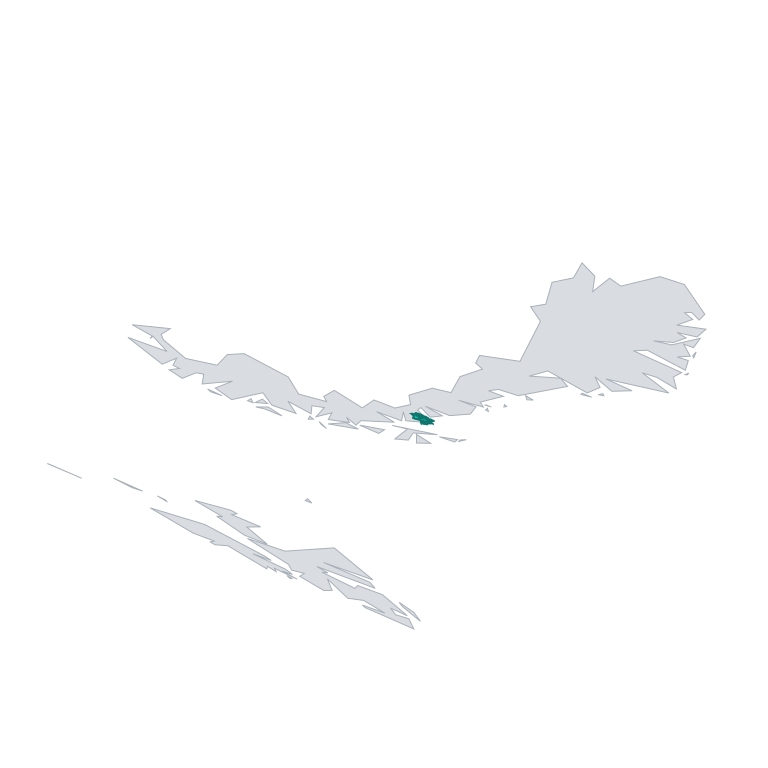 Steigen nor, Nordland, Norway shown in context, rotated 205°
{"feature_id": "86288312B1701312811751", "entity_name": "Steigen nor", "entity_type": "district", "adm_level": 2, "iso_a3": "NOR", "parent_name": "Norway", "parent_adm1": "Nordland", "projection": "equal_earth", "projection_center": [15.214, 67.838], "detail": "fine", "context": "in_parent", "style": "filled", "palette": "teal", "viewbox_px": 768, "rotation_deg": 205, "n_neighbors": 0, "source": "geoboundaries", "source_scale": "gbopen_adm2", "svg_char_len": 8884}
<svg xmlns="http://www.w3.org/2000/svg" viewBox="0 0 768 768"><g transform="rotate(205 384 384)"><path d="M457.1,338.8L428.6,343.8L433.3,347.3L426.4,357.2L393.6,353.2L386.3,365.3L364.0,366.8L351.2,376.6L356.7,384.4L338.5,400.6L319.6,404.5L318.2,422.8L301.1,439.1L309.8,441.8L309.4,450.3L270.3,462.0L268.7,506.9L283.8,516.0L271.1,524.7L274.7,547.2L257.1,560.3L255.7,577.5L238.5,570.8L233.9,555.9L224.2,575.3L210.8,572.7L179.3,597.9L153.8,601.1L122.7,582.7L125.4,575.2L135.6,578.9L141.6,575.6L131.5,573.0L143.5,561.1L115.4,569.7L120.1,559.0L140.0,554.5L129.7,553.4L139.2,544.0L157.9,537.0L139.7,541.1L116.6,559.1L118.9,547.7L129.3,546.8L118.2,538.6L129.6,532.5L118.1,533.8L116.7,523.8L159.6,525.9L172.0,519.5L119.1,520.1L124.7,512.7L116.9,503.1L139.6,505.3L154.7,503.3L122.0,496.2L184.8,482.4L156.4,482.7L174.4,473.7L195.9,479.7L186.7,472.2L196.0,461.8L241.0,465.1L255.8,452.5L226.4,463.9L216.6,459.4L257.3,430.2L278.1,427.4L286.5,422.0L270.6,423.3L289.1,408.3L284.2,405.1L309.4,400.8L291.0,402.2L293.0,393.3L311.1,383.1L337.1,381.3L317.7,379.8L328.1,373.5L340.6,378.2L342.5,374.6L324.9,368.5L348.7,359.9L354.7,367.0L352.5,358.1L378.9,355.8L358.5,353.7L389.3,341.1L392.1,334.9L403.9,338.0L399.0,334.5L419.5,328.3L419.0,335.8L431.7,325.6L428.1,337.4L440.2,333.9L437.5,326.2L463.7,327.8L451.3,320.1L476.6,317.4L490.1,324.9L515.4,305.5L535.2,309.0L522.5,322.5L548.8,307.2L551.5,316.7L559.0,314.8L569.2,303.9L584.7,306.1L576.0,311.6L583.2,311.8L582.8,319.8L593.4,308.2L635.8,318.0L594.4,321.8L613.2,329.5L637.3,331.3L601.1,343.8L607.0,334.8L602.7,330.9L574.7,323.3L543.2,330.5L538.5,344.4L523.6,352.4L473.8,349.9L457.1,338.8ZM351.1,171.4L379.1,174.1L376.3,178.7L389.1,176.3L394.2,180.1L442.5,186.3L403.0,190.7L359.9,214.4L311.2,201.8L363.4,196.7L313.0,198.3L305.7,195.1L367.8,190.2L355.0,189.1L360.9,187.2L323.8,186.5L322.8,190.2L296.3,192.4L265.0,183.8L283.3,183.7L276.0,179.8L262.3,181.7L253.4,174.6L306.3,173.4L310.3,174.5L286.3,176.7L310.9,179.3L326.3,174.5L353.0,183.5L343.8,175.1L351.1,171.4ZM412.1,166.9L457.1,171.4L469.3,166.9L474.7,167.4L471.5,169.9L493.8,168.2L543.5,172.9L487.3,180.9L419.6,177.6L411.6,176.4L431.0,174.7L394.8,174.5L386.4,172.7L396.9,171.5L380.4,170.4L405.4,170.7L402.4,168.4L412.5,169.5L412.1,166.9ZM446.5,188.0L479.8,193.5L474.0,195.5L506.2,198.5L469.2,204.9L462.4,204.3L466.8,201.2L435.4,202.4L447.9,196.4L422.1,189.5L446.5,188.0ZM343.8,353.1L359.1,349.9L314.2,360.6L336.9,352.0L338.3,343.4L350.9,338.8L343.8,353.1ZM367.8,337.0L388.6,336.4L364.2,342.8L367.8,337.0ZM388.2,332.3L417.8,324.2L402.3,332.8L388.2,332.3ZM250.7,184.3L272.9,190.0L277.9,192.5L260.4,189.6L250.7,184.3ZM329.6,344.2L333.2,352.0L316.6,350.0L329.6,344.2ZM490.4,309.1L479.1,314.2L463.0,312.0L481.4,311.0L490.4,309.1ZM492.8,312.8L488.0,318.9L481.1,317.2L492.8,312.8ZM295.4,361.3L311.5,359.5L293.9,364.7L295.4,361.3ZM654.4,169.8L618.2,170.8L655.6,169.6L654.4,169.8ZM568.3,183.6L589.4,184.3L557.5,184.9L568.3,183.6ZM525.8,305.0L537.7,303.7L541.7,304.9L525.8,305.0ZM500.5,311.2L498.3,314.5L494.9,311.7L500.5,311.2ZM437.8,320.1L437.7,323.5L433.1,322.3L437.8,320.1ZM406.1,245.1L404.7,247.7L399.1,245.6L406.1,245.1ZM542.1,186.8L532.4,186.5L531.3,185.7L542.1,186.8ZM247.7,430.1L250.8,433.3L241.9,432.5L247.7,430.1ZM417.4,319.4L423.5,320.7L427.0,322.6L417.4,319.4ZM386.9,168.1L391.0,169.3L384.7,168.9L386.9,168.1ZM200.5,459.4L190.2,459.8L201.1,457.8L200.5,459.4ZM185.4,464.9L181.4,467.7L179.8,466.2L185.4,464.9ZM291.3,365.5L285.9,368.3L291.9,363.6L291.3,365.5ZM116.2,540.1L114.6,544.9L114.3,538.6L116.2,540.1ZM280.0,405.7L277.7,403.2L280.9,403.4L280.0,405.7ZM615.4,326.4L614.5,329.1L614.0,328.6L615.4,326.4ZM282.8,408.1L277.0,408.6L284.0,407.5L282.8,408.1ZM265.6,413.8L266.1,416.2L263.3,415.5L265.6,413.8ZM115.1,519.8L112.4,522.7L113.1,520.3L115.1,519.8Z" fill="#d9dde1" stroke="#a8b0b8" stroke-width="1"/><path d="M345.9,369.2L346.0,369.1L346.6,368.9L346.6,368.7L346.8,368.6L346.0,368.5L345.9,368.4L346.0,368.2L345.4,368.1L345.0,367.9L344.6,367.9L343.5,367.7L343.9,367.3L343.7,367.1L342.8,366.7L343.1,366.3L343.0,366.1L343.6,366.1L343.7,365.8L343.4,365.6L343.0,365.6L343.4,365.4L343.3,365.2L341.5,365.4L341.7,365.6L340.9,365.5L340.4,365.6L340.4,366.0L339.6,366.1L339.6,366.3L339.3,366.5L339.3,366.3L339.5,366.3L339.4,366.3L339.5,366.1L339.9,365.9L339.2,365.8L338.4,366.0L337.9,366.0L337.5,366.1L337.9,366.1L336.4,366.3L335.4,366.6L335.9,366.3L335.3,366.3L334.4,366.7L334.3,366.8L334.2,366.8L334.2,367.0L332.7,367.6L332.3,367.7L332.6,367.5L332.7,367.3L333.0,367.3L333.9,366.9L333.7,366.8L333.1,366.9L332.9,366.8L332.8,366.7L333.4,366.6L332.6,366.7L332.4,366.6L331.5,366.8L331.1,366.7L330.6,366.7L330.8,366.5L329.0,366.5L325.9,367.1L326.6,367.0L326.3,367.2L326.7,367.2L326.9,367.2L325.5,367.5L325.8,367.5L325.6,367.5L325.8,367.5L327.0,367.5L328.1,367.3L328.4,367.4L330.6,367.2L330.9,367.2L331.0,367.3L331.1,367.2L331.5,367.3L331.4,367.4L331.2,367.2L331.1,367.3L330.9,367.4L330.8,367.6L330.7,367.6L330.2,367.5L330.3,367.4L329.9,367.3L329.3,367.5L329.0,367.6L327.7,367.6L326.5,367.8L326.8,368.0L326.5,368.1L325.1,367.7L325.0,367.8L324.8,367.9L325.1,367.9L325.1,368.0L324.5,368.0L324.3,368.1L324.6,368.2L324.3,368.3L324.5,368.4L324.0,368.6L324.5,368.5L324.0,368.7L324.4,368.6L324.6,368.7L324.4,368.8L324.7,368.9L325.7,368.6L325.9,368.7L325.6,368.7L325.8,368.8L325.6,368.8L325.6,369.0L326.0,368.9L325.8,369.0L326.3,368.9L326.2,369.0L326.4,369.0L325.6,369.2L325.3,369.3L325.5,369.3L325.4,369.3L326.6,369.1L326.8,369.0L326.4,369.2L329.8,368.8L329.0,369.1L328.8,369.2L328.9,369.3L328.7,369.4L329.4,369.3L329.6,369.4L329.4,369.4L329.2,369.6L330.2,369.5L331.7,369.5L330.7,369.7L329.7,369.7L329.8,369.8L329.6,369.9L329.1,369.9L328.2,369.7L327.3,369.9L326.7,370.1L326.3,370.0L325.2,370.1L324.6,370.0L324.2,370.3L324.5,370.2L324.4,370.3L325.0,370.2L325.0,370.3L324.9,370.5L326.3,370.4L326.7,370.4L326.8,370.6L325.7,370.9L323.9,371.2L323.6,371.3L323.8,371.4L323.6,371.5L324.4,371.5L324.2,371.7L325.0,371.6L325.6,371.8L327.2,371.7L327.8,371.6L328.3,371.3L329.9,371.1L330.8,370.7L331.1,370.6L331.7,370.4L331.8,370.5L332.1,370.5L332.9,370.0L332.9,369.9L332.6,369.9L332.8,369.7L333.6,369.5L333.7,369.4L334.5,369.2L335.0,368.9L336.3,368.7L336.5,368.2L336.3,367.9L336.3,367.5L336.2,367.4L336.0,367.2L336.5,367.3L336.5,367.5L336.7,367.9L337.3,367.7L337.2,367.6L337.2,367.2L337.3,367.2L337.6,367.6L337.8,367.6L337.7,367.8L337.8,367.8L337.7,368.0L337.2,368.2L337.3,368.1L337.2,368.0L337.0,368.3L337.5,368.5L337.9,368.5L338.0,368.7L338.7,368.8L338.9,368.9L340.4,369.2L340.9,369.0L341.0,369.2L342.0,369.3L343.1,369.7L343.4,369.5L343.3,369.4L343.1,369.4L343.2,369.2L344.4,369.1L344.5,369.2L345.2,369.3L345.9,369.2ZM341.0,369.5L338.8,369.4L338.7,369.5L338.1,369.5L337.7,369.7L337.3,369.6L337.0,369.7L336.8,369.8L337.6,370.1L338.1,370.5L339.9,370.4L341.1,370.9L341.7,371.0L340.8,371.0L339.8,370.6L339.4,370.6L338.8,370.8L339.0,371.0L339.5,371.2L339.2,371.2L338.2,370.9L336.8,370.7L336.7,370.6L336.5,370.4L335.0,370.0L334.7,370.1L334.4,370.4L334.0,370.4L333.9,370.6L334.0,370.7L333.7,370.8L335.3,370.8L335.5,370.9L335.5,371.0L335.3,371.1L334.3,371.0L333.4,371.1L333.1,371.4L332.5,371.7L332.3,371.9L332.0,372.2L332.2,372.3L332.9,372.0L333.5,372.0L334.0,371.7L334.9,371.7L335.3,371.9L335.5,372.1L336.3,371.8L336.2,371.7L336.3,371.5L336.8,371.6L337.3,372.0L338.1,372.1L338.6,372.0L338.9,371.8L339.1,371.7L339.8,372.0L341.3,371.4L343.1,371.5L342.9,371.4L343.2,371.2L343.1,370.8L343.2,370.7L341.2,370.6L341.0,370.3L341.2,370.2L340.8,370.0L341.0,369.5ZM331.3,364.6L330.8,364.5L330.5,364.8L330.4,364.9L330.0,364.9L329.9,365.1L330.1,365.1L329.8,365.3L328.6,365.1L327.9,365.3L328.5,365.3L328.4,365.4L328.6,365.5L328.0,365.5L327.8,365.6L328.3,365.9L328.3,366.0L328.2,366.0L328.3,366.1L328.2,366.2L328.3,366.2L328.1,366.3L328.4,366.2L328.5,366.2L328.1,366.4L329.3,366.2L329.4,366.3L330.8,366.2L331.5,366.3L331.2,366.4L331.4,366.4L331.3,366.5L332.2,366.4L333.8,366.2L333.8,366.3L333.6,366.3L333.9,366.3L335.2,365.9L334.9,365.7L335.0,365.7L334.7,365.7L334.2,365.8L334.9,365.8L333.7,366.0L333.8,365.8L334.0,365.8L333.9,365.7L334.0,365.7L333.7,365.7L333.6,365.9L333.1,366.0L333.2,365.8L333.6,365.8L333.4,365.7L333.6,365.7L333.4,365.6L332.7,365.6L332.4,365.5L331.3,365.5L331.6,365.4L330.7,365.0L331.3,364.7L331.3,364.6ZM333.3,363.6L333.2,363.8L333.3,363.9L333.2,363.9L333.2,364.0L332.9,364.1L332.7,364.2L332.2,364.3L332.4,364.4L332.4,364.5L332.3,364.4L332.2,364.5L332.3,364.6L332.0,364.6L332.5,365.0L332.2,365.0L332.5,365.1L332.3,365.2L332.7,365.3L333.0,365.2L332.9,365.2L333.2,365.3L333.6,365.1L333.5,365.3L334.0,365.2L334.5,365.3L334.6,365.2L334.8,365.2L334.6,364.9L334.5,364.7L334.0,364.6L333.9,364.5L333.9,364.4L333.7,364.2L333.6,363.9L333.3,363.6ZM331.4,371.5L329.5,371.7L329.9,371.8L329.3,371.8L329.1,371.9L329.4,371.9L329.1,372.0L330.0,372.0L330.8,372.0L331.4,371.5ZM323.2,368.3L322.7,368.5L322.3,368.5L322.0,368.6L322.4,368.6L323.0,368.6L322.9,368.5L323.0,368.5L323.2,368.3Z" fill="#14b8a6" stroke="#0f766e" stroke-width="1.5"/></g></svg>